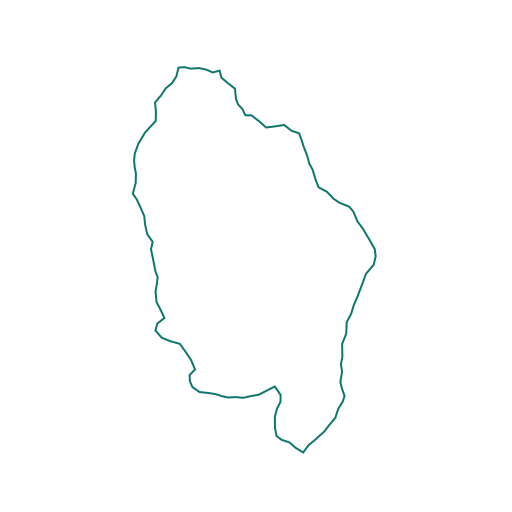 Mirassolândia, São Paulo, Brazil (Albers equal-area conic projection), rotated 345°
{"feature_id": "56859067B44957908487637", "entity_name": "Mirassolândia", "entity_type": "district", "adm_level": 2, "iso_a3": "BRA", "parent_name": "Brazil", "parent_adm1": "São Paulo", "projection": "albers", "projection_center": [-49.488, -20.597], "detail": "fine", "context": "isolated", "style": "outline", "palette": "teal", "viewbox_px": 512, "rotation_deg": 345, "n_neighbors": 0, "source": "geoboundaries", "source_scale": "gbopen_adm2", "svg_char_len": 1648}
<svg xmlns="http://www.w3.org/2000/svg" viewBox="0 0 512 512"><g transform="rotate(345 256 256)"><path d="M250.7,458.0L258.0,452.2L264.0,449.6L270.0,446.5L276.6,443.2L282.9,438.3L290.7,432.9L295.9,424.9L302.2,419.0L305.3,414.1L304.7,405.8L304.9,399.4L309.2,390.0L310.0,382.6L313.4,375.5L316.4,363.3L323.0,354.4L326.5,343.4L333.0,336.4L337.7,328.8L344.0,320.8L351.7,310.1L357.7,301.6L367.5,294.8L371.5,287.3L372.5,280.3L370.4,271.9L368.2,264.2L366.4,257.5L362.9,248.7L361.6,238.5L358.9,232.6L350.2,226.0L345.7,220.7L341.1,212.3L334.2,205.9L333.3,197.5L333.0,187.2L331.4,180.6L331.4,172.4L330.3,162.1L330.0,155.3L329.4,148.7L322.7,144.2L317.1,136.7L308.6,135.8L299.0,134.5L294.4,127.4L288.1,119.0L282.1,117.3L280.9,110.6L277.9,104.9L277.3,99.0L279.0,89.0L273.0,81.0L268.8,74.8L268.8,67.5L261.6,67.5L256.5,63.3L249.8,59.8L241.3,58.1L235.7,55.0L229.9,54.0L225.5,62.0L219.7,67.2L212.2,70.7L205.7,76.4L198.2,81.6L196.7,90.7L194.1,99.6L186.8,104.2L180.7,108.1L171.4,117.1L165.4,125.7L163.0,132.1L161.8,138.7L161.4,145.1L158.7,154.3L153.1,164.0L155.5,170.5L157.0,179.2L158.4,188.6L157.0,196.9L156.6,206.9L159.9,215.6L156.3,222.3L155.8,232.0L154.9,244.5L155.5,251.1L153.1,257.1L149.7,264.5L148.0,274.8L149.7,282.2L151.5,292.2L143.2,295.7L139.5,301.9L143.8,310.5L151.0,316.0L159.7,321.2L163.0,329.8L166.3,339.5L167.8,349.8L161.1,353.7L159.7,359.8L160.7,366.2L166.1,372.7L175.7,376.5L181.1,378.9L186.9,382.6L192.6,385.5L200.1,387.1L207.0,389.7L215.1,390.0L222.7,390.7L240.4,386.9L243.8,396.6L241.9,403.2L236.9,408.7L232.6,416.1L229.9,426.8L229.2,435.1L233.2,440.2L240.1,444.8L244.6,451.5L250.7,458.0Z" fill="none" stroke="#0f766e" stroke-width="2"/></g></svg>